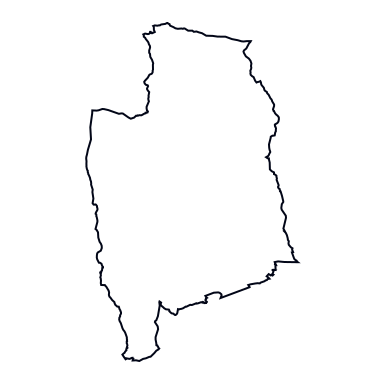 Cosesti, Arges, Romania (Robinson projection)
{"feature_id": "2599482B79346869383870", "entity_name": "Cosesti", "entity_type": "district", "adm_level": 2, "iso_a3": "ROU", "parent_name": "Romania", "parent_adm1": "Arges", "projection": "robinson", "projection_center": [24.865, 45.071], "detail": "fine", "context": "isolated", "style": "outline", "palette": "ink", "viewbox_px": 384, "rotation_deg": 0, "n_neighbors": 0, "source": "geoboundaries", "source_scale": "gbopen_adm2", "svg_char_len": 5946}
<svg xmlns="http://www.w3.org/2000/svg" viewBox="0 0 384 384"><path d="M150.6,356.7L154.3,353.1L156.3,350.7L158.5,349.4L159.2,348.5L158.5,347.9L158.0,346.6L157.6,346.3L157.3,345.4L156.4,345.2L156.3,343.2L155.6,339.6L155.6,337.1L158.1,329.2L157.7,326.4L154.9,322.1L155.1,321.2L156.3,320.3L157.9,316.2L159.7,305.6L159.3,302.1L159.5,301.5L161.1,302.6L160.7,303.8L160.9,305.2L161.2,305.6L163.7,307.7L164.1,308.2L165.9,309.3L168.9,309.6L169.4,310.6L169.3,311.2L170.8,312.7L171.8,313.4L173.3,313.6L174.8,314.9L175.6,315.0L176.7,314.1L177.3,313.0L178.0,309.1L179.1,309.4L180.1,309.0L181.2,308.9L183.0,308.3L185.7,306.6L186.4,306.7L190.2,304.8L191.3,305.0L192.2,304.9L196.2,303.3L196.4,303.6L197.8,303.4L201.1,302.2L201.6,302.4L202.0,302.2L202.5,302.5L202.7,302.2L203.1,302.6L203.6,302.2L204.1,302.6L204.4,303.1L206.1,303.0L206.2,302.2L206.8,302.1L206.9,301.9L205.6,300.6L205.4,300.0L206.1,299.1L205.9,298.4L207.0,297.8L206.2,297.1L205.4,295.9L213.8,292.7L218.2,292.4L219.6,292.8L221.3,294.2L221.6,295.3L220.6,298.0L249.5,287.2L249.2,286.6L249.3,286.5L248.3,285.0L250.6,284.3L255.2,283.5L257.6,283.2L259.8,283.4L260.6,282.6L264.6,281.2L265.5,280.4L266.8,280.1L267.7,279.0L269.4,278.7L268.2,277.4L266.7,276.3L268.7,274.1L270.8,275.4L271.5,274.7L272.6,275.5L273.3,274.8L272.7,274.6L272.6,273.7L273.1,272.6L273.4,270.8L274.3,270.3L272.6,270.1L272.6,269.9L273.5,269.8L275.6,270.0L275.4,265.1L276.1,265.1L275.7,264.2L275.0,264.1L275.1,263.3L274.7,262.1L278.1,261.4L284.4,262.0L297.8,262.2L297.3,261.8L296.5,260.6L295.3,259.9L294.2,258.8L291.9,252.4L293.1,252.1L292.1,249.7L292.5,248.3L290.9,247.3L288.8,244.8L288.5,243.4L288.8,241.2L287.9,239.9L287.7,238.2L286.9,235.2L285.8,232.9L284.3,231.3L284.8,231.2L283.4,228.6L286.0,217.8L285.8,215.7L281.7,209.7L281.3,208.0L281.8,204.2L283.3,201.9L283.2,201.0L282.0,195.9L280.7,191.7L280.1,191.4L280.3,190.8L279.6,189.6L279.7,189.1L278.5,188.1L278.1,187.4L278.1,186.6L278.6,185.8L278.6,185.0L276.6,179.8L276.9,178.4L276.4,176.7L276.5,175.9L275.6,174.9L274.0,174.1L274.0,172.4L271.7,171.2L269.9,169.4L269.7,162.5L269.0,159.7L268.9,158.4L267.7,158.3L266.1,157.2L268.2,156.0L268.9,154.9L269.4,153.5L270.2,152.3L270.2,151.5L269.6,149.9L269.2,147.8L269.0,144.4L270.6,138.1L270.8,136.7L272.4,135.7L273.3,135.7L274.7,135.4L275.2,132.5L275.9,131.1L275.8,130.3L276.0,128.3L275.3,126.4L275.1,126.4L274.8,124.9L274.9,124.5L277.4,123.0L278.4,121.6L278.9,119.1L278.8,117.3L277.6,115.7L276.0,114.4L274.9,113.0L274.0,111.0L273.6,111.0L273.0,109.3L274.1,106.0L274.1,104.5L272.2,101.4L271.9,100.3L271.4,99.3L270.5,98.4L268.6,94.7L267.2,93.3L266.8,91.9L265.4,91.1L264.5,90.2L263.8,87.7L261.6,85.1L261.2,84.2L260.9,82.3L260.3,81.1L258.9,81.8L257.7,82.0L256.5,82.5L255.2,80.8L253.6,77.1L252.1,76.2L250.7,74.8L250.4,73.3L250.6,72.4L250.3,70.8L251.1,68.9L251.3,67.7L251.0,66.0L251.4,63.5L250.5,60.8L248.9,58.6L245.9,56.4L243.9,52.9L243.5,51.5L244.0,50.4L246.3,48.5L249.1,43.2L250.2,42.2L250.8,41.1L247.0,41.1L243.6,41.5L241.5,41.3L237.7,40.2L232.0,39.1L225.5,36.7L217.6,36.6L212.6,35.9L206.2,35.7L202.0,33.2L199.0,32.4L196.5,31.5L193.8,31.8L192.4,30.7L188.2,30.7L184.7,28.5L183.9,28.4L182.9,28.8L181.5,28.5L177.8,28.8L175.4,28.3L173.4,27.1L170.2,25.7L169.9,25.3L169.5,24.1L168.4,23.8L167.6,23.0L167.0,23.0L165.3,23.9L161.1,24.5L159.8,25.4L159.1,25.3L157.4,25.7L154.8,25.4L153.2,26.0L153.8,26.9L153.9,30.0L154.8,32.0L152.2,33.2L152.0,32.8L151.0,33.0L150.7,31.9L150.1,31.9L149.9,33.0L148.9,33.9L147.9,34.1L145.1,33.6L143.3,34.4L143.8,35.2L143.8,36.7L145.2,37.8L145.7,38.9L148.0,41.8L148.5,42.8L148.9,44.2L149.9,45.9L150.1,47.2L149.8,48.6L149.2,50.4L149.2,52.8L150.0,53.9L150.3,56.9L152.0,59.8L153.2,63.3L152.9,64.7L153.0,69.6L152.6,70.8L152.7,72.0L152.0,73.5L151.0,74.1L150.0,74.4L149.3,74.9L147.8,77.7L144.9,80.8L144.2,81.9L144.7,83.5L145.9,84.8L147.7,85.3L148.1,86.1L147.0,88.6L147.1,89.3L147.9,90.6L149.2,92.1L148.5,95.9L148.7,97.0L148.3,98.3L148.4,99.9L148.9,101.3L146.6,106.8L146.6,108.4L147.0,110.5L147.9,111.4L147.5,112.5L145.6,112.7L145.6,113.3L143.5,114.0L142.8,114.6L141.3,115.3L139.2,115.2L138.3,115.6L137.5,115.4L136.9,115.9L136.1,115.7L134.1,117.6L130.8,118.7L128.5,117.5L122.8,113.5L121.3,113.4L118.9,113.8L108.4,110.1L104.1,109.1L102.3,109.0L98.6,110.3L96.7,110.6L92.3,110.4L92.2,113.4L90.3,127.2L91.0,139.4L87.9,149.9L87.0,154.4L86.3,157.0L86.2,158.8L86.5,161.1L86.4,164.2L86.5,165.1L86.4,166.2L86.8,168.6L87.3,170.1L87.8,170.8L87.7,172.0L88.1,172.8L88.3,174.2L88.9,175.2L90.0,177.9L90.3,179.7L91.0,181.5L91.2,183.4L91.1,184.6L92.7,189.6L92.4,192.1L93.4,198.6L92.6,203.2L93.6,204.6L94.1,204.7L95.2,204.4L95.9,204.6L97.0,206.1L97.0,207.1L97.4,208.2L97.5,209.4L97.3,210.1L95.9,212.6L95.6,213.8L96.2,214.3L96.4,215.0L96.3,216.2L96.7,217.0L97.4,220.3L97.4,221.9L95.5,229.0L96.6,229.9L98.0,232.3L98.3,237.6L99.6,241.8L100.9,243.7L101.7,245.8L101.8,248.0L100.8,250.7L97.9,252.4L97.2,253.4L96.9,255.2L96.8,257.6L97.2,259.3L98.9,262.7L100.1,262.8L101.5,263.8L102.1,265.8L103.0,266.9L103.0,267.6L102.3,267.8L102.0,270.6L101.2,271.3L101.2,272.0L100.2,272.4L100.3,273.1L100.9,273.4L100.7,274.1L100.9,275.3L100.3,277.5L100.7,278.2L101.0,280.7L100.8,283.1L101.2,285.0L104.9,285.1L105.3,285.8L106.2,286.6L108.6,290.6L109.1,292.4L108.9,294.9L109.4,296.6L110.4,297.6L112.2,300.1L114.4,302.1L114.6,303.2L115.3,304.8L117.3,306.6L118.8,306.7L119.6,309.3L120.4,310.5L120.5,311.3L121.0,312.2L121.0,313.6L120.1,315.3L120.1,316.5L119.4,317.6L119.2,319.6L119.8,321.5L120.4,322.3L120.9,323.4L122.5,328.3L123.3,329.9L124.5,331.4L125.3,333.0L126.7,336.9L126.9,338.0L126.8,338.9L127.1,340.0L126.9,340.6L127.1,341.3L126.7,341.7L126.8,342.5L126.7,343.0L126.8,343.5L127.1,343.9L127.4,345.5L126.7,347.9L127.2,348.1L126.4,348.9L126.2,349.6L126.4,350.3L125.2,351.5L124.5,352.9L123.9,353.2L122.4,354.6L123.8,356.8L125.6,359.3L126.5,358.8L126.3,358.3L129.5,358.9L129.2,359.1L132.0,357.8L132.3,357.8L132.1,358.4L133.3,358.7L132.7,360.5L136.0,360.3L139.3,361.0L143.1,358.9L145.9,358.3L149.2,356.9L150.6,356.7Z" fill="none" stroke="#020617" stroke-width="2"/></svg>